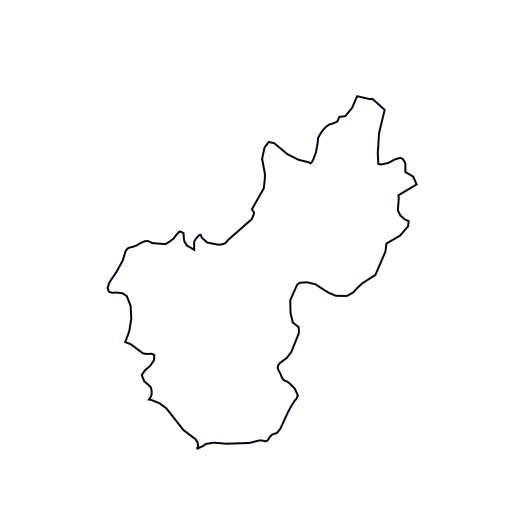 the Department of Lempira, rotated 32°
{"feature_id": "HND-652", "entity_name": "Lempira", "entity_type": "Department", "adm_level": 1, "iso_a3": "HND", "parent_name": "Honduras", "parent_adm1": "", "projection": "natural_earth1", "projection_center": [-88.611, 14.455], "detail": "fine", "context": "isolated", "style": "outline", "palette": "ink", "viewbox_px": 512, "rotation_deg": 32, "n_neighbors": 0, "source": "natural_earth", "source_scale": "10m", "svg_char_len": 2432}
<svg xmlns="http://www.w3.org/2000/svg" viewBox="0 0 512 512"><g transform="rotate(32 256 256)"><path d="M150.2,364.3L147.1,361.8L146.0,357.5L145.7,354.3L146.1,343.5L145.4,330.6L142.8,320.8L143.1,317.7L144.5,315.6L146.9,313.2L149.0,310.6L151.9,305.1L154.0,302.3L156.3,300.6L161.7,299.8L172.9,293.9L174.7,290.5L176.9,285.0L177.3,279.8L178.1,275.8L180.0,275.1L182.5,275.1L185.7,279.6L187.6,281.6L191.5,283.7L200.3,283.5L196.1,276.9L195.9,275.0L196.0,272.2L196.8,268.5L197.3,267.6L198.0,267.4L200.3,269.2L207.5,270.4L217.4,266.7L220.2,264.9L222.1,262.9L223.2,261.3L224.0,256.6L232.9,226.9L231.8,220.8L230.9,220.0L227.8,218.6L226.7,194.4L222.6,185.9L220.1,181.7L209.7,170.4L206.0,160.2L205.8,158.5L206.4,152.6L211.5,150.7L228.6,153.0L240.9,151.9L250.6,148.7L253.3,148.4L253.6,146.1L253.4,143.8L252.0,136.5L248.4,127.5L246.1,123.1L245.8,117.1L246.3,111.9L247.2,108.6L248.6,105.5L250.5,103.5L253.0,100.0L253.7,98.3L253.0,93.9L257.6,90.1L259.0,79.5L257.1,66.9L269.2,62.7L271.8,61.1L287.7,63.9L295.2,86.5L304.7,104.1L310.9,113.1L313.6,112.1L319.0,106.9L322.5,100.6L326.3,96.3L329.3,96.0L333.1,97.9L333.9,98.8L338.1,105.6L347.3,105.4L354.3,110.2L344.6,129.0L346.6,131.6L352.1,142.1L357.0,145.2L362.8,146.1L367.0,145.5L369.2,150.2L367.4,162.4L360.0,176.3L363.4,183.6L367.3,208.8L360.6,222.8L358.6,230.4L357.9,235.1L354.3,241.7L344.9,247.4L336.9,248.7L321.3,248.5L312.9,251.4L307.2,255.6L306.1,258.7L308.5,275.4L315.3,285.8L322.3,292.8L329.8,293.8L331.0,295.2L333.2,298.6L336.8,318.6L336.2,325.9L333.0,334.1L332.7,337.0L333.5,339.1L335.1,340.6L337.0,341.8L339.2,343.0L341.3,344.6L343.3,345.8L345.0,346.5L346.3,346.5L348.0,346.1L349.7,346.0L351.9,346.2L359.3,348.0L365.4,352.1L366.0,356.2L365.5,357.8L365.5,361.7L365.4,363.4L365.9,371.9L368.2,389.6L367.5,395.3L366.3,396.4L364.5,398.7L363.9,400.5L363.6,403.0L363.6,406.1L362.7,407.7L361.7,408.4L360.1,408.8L356.9,410.3L349.3,418.2L330.2,431.0L319.1,436.7L313.4,441.6L312.4,443.5L312.2,444.5L308.4,450.4L307.6,450.9L307.8,450.7L307.9,449.7L308.2,448.4L305.1,445.0L301.8,443.4L286.7,442.1L260.8,432.7L252.1,432.0L243.4,433.6L241.3,434.5L241.3,433.8L241.4,431.7L240.7,428.4L239.0,425.7L236.5,423.2L234.9,422.6L227.6,421.5L222.2,417.5L222.4,411.8L224.5,405.2L224.7,398.4L222.3,393.9L219.3,394.2L215.8,396.7L211.7,398.5L196.7,397.2L190.7,398.3L188.4,387.0L183.3,375.0L176.1,364.7L167.7,358.5L162.3,358.4L157.5,360.7L153.5,363.4L150.2,364.3Z" fill="none" stroke="#020617" stroke-width="2"/></g></svg>